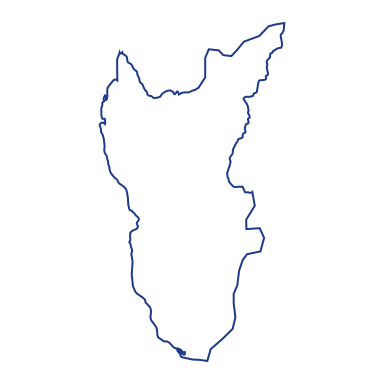 outline of Atsimo-Andrefana
{"feature_id": "MDG-5866", "entity_name": "Atsimo-Andrefana", "entity_type": "Autonomous Province", "adm_level": 1, "iso_a3": "MDG", "parent_name": "Madagascar", "parent_adm1": "", "projection": "orthographic", "projection_center": [44.623, -23.116], "detail": "fine", "context": "isolated", "style": "outline", "palette": "blue", "viewbox_px": 384, "rotation_deg": 0, "n_neighbors": 0, "source": "natural_earth", "source_scale": "10m", "svg_char_len": 5921}
<svg xmlns="http://www.w3.org/2000/svg" viewBox="0 0 384 384"><path d="M207.3,361.0L199.9,359.9L192.5,359.5L182.2,357.3L180.9,356.6L179.9,353.7L177.6,351.1L177.1,349.4L178.4,349.9L179.7,351.0L181.8,353.6L183.2,354.6L184.4,354.6L185.0,353.8L184.7,352.0L183.6,352.3L182.6,351.7L180.8,349.9L179.7,349.1L178.6,348.7L177.5,348.4L176.1,348.4L173.7,347.4L169.4,342.7L166.9,341.4L164.7,341.5L163.9,341.3L158.3,337.5L157.5,335.8L157.0,329.7L156.3,327.2L151.2,320.2L150.4,317.7L151.1,310.7L150.4,308.2L149.7,306.9L146.6,303.5L146.3,303.3L145.9,302.9L145.6,302.3L145.4,301.6L145.1,300.1L144.8,299.4L142.5,297.4L137.6,294.1L135.4,291.8L133.0,286.3L131.7,274.7L132.6,261.4L131.3,253.9L131.4,253.2L132.0,251.8L132.2,251.0L132.1,250.1L131.3,247.8L130.6,244.8L130.2,243.4L129.3,242.0L130.3,240.4L130.1,234.9L130.4,232.5L132.0,231.0L136.7,228.8L137.9,227.1L137.8,225.9L136.8,223.8L136.9,222.4L138.0,221.4L138.3,220.8L138.8,219.5L138.8,218.9L138.6,218.1L137.8,217.1L135.9,215.5L134.5,213.6L131.5,210.7L131.0,210.4L130.6,210.4L130.1,210.3L129.5,209.7L129.3,209.3L129.0,207.6L128.3,204.9L127.9,198.0L127.0,192.2L126.0,189.0L124.0,186.8L119.1,183.3L118.3,182.1L117.1,179.7L116.1,178.8L114.8,177.8L112.3,175.1L110.8,172.8L110.0,171.1L109.7,170.0L109.3,166.9L108.4,164.8L107.9,160.7L107.1,158.6L106.6,155.8L106.3,155.1L105.3,153.8L104.9,153.2L104.4,151.4L104.3,149.6L104.6,146.0L103.8,138.9L102.8,135.2L101.0,131.7L101.0,130.9L101.1,130.1L101.0,129.4L100.5,127.5L99.7,125.7L99.9,124.1L101.4,122.8L103.4,122.6L104.9,124.1L105.3,122.8L105.2,121.5L104.9,120.2L104.8,118.8L102.4,118.8L101.4,115.7L101.3,108.7L101.4,107.8L102.1,106.3L102.3,105.5L102.3,103.6L102.4,102.8L102.7,102.5L103.0,102.2L103.2,101.8L103.7,101.6L104.0,101.4L104.2,101.2L103.6,99.1L103.7,98.1L104.1,97.1L104.5,96.3L105.1,95.4L106.0,96.5L106.1,97.9L105.7,100.7L107.1,98.6L107.4,94.9L107.2,91.0L107.5,88.0L108.3,86.6L113.1,80.7L114.3,79.7L115.7,79.5L117.3,80.5L117.1,59.8L117.6,57.9L119.1,54.3L119.6,52.4L120.1,53.7L120.7,53.7L122.1,52.4L122.1,52.9L123.1,54.0L125.7,55.7L126.6,56.5L126.9,57.5L127.5,61.5L128.2,62.5L131.3,64.3L132.0,65.2L132.4,66.4L133.1,67.8L134.5,69.7L136.5,71.2L137.0,71.9L137.2,72.6L137.3,74.3L137.5,75.0L138.8,77.6L139.3,78.8L139.5,80.6L140.0,82.3L142.4,84.3L142.9,85.3L143.2,86.3L143.8,87.7L144.9,89.8L146.7,91.7L147.0,92.5L147.4,94.2L147.7,94.9L148.5,95.5L149.4,95.8L150.4,95.9L151.4,96.1L151.9,96.5L152.7,97.3L153.3,97.7L154.9,98.1L156.4,97.8L159.0,97.2L160.2,96.7L161.9,94.2L163.2,93.0L165.3,91.7L168.0,90.6L170.6,90.5L173.0,91.9L174.2,94.1L174.8,94.2L176.2,92.7L176.9,91.5L177.2,91.4L177.9,91.9L178.3,92.4L178.9,94.5L181.1,93.2L183.5,92.5L189.0,92.3L192.6,90.6L195.2,89.9L196.8,88.7L198.5,87.8L205.2,77.4L205.2,58.0L208.8,49.3L218.7,50.3L223.2,55.1L231.3,56.1L236.8,50.3L244.0,41.6L259.4,35.9L268.5,26.3L275.8,24.4L284.3,23.0L283.7,30.0L283.6,30.4L283.5,30.8L283.3,31.2L282.3,33.0L281.9,33.6L281.0,34.4L280.8,34.7L280.7,35.0L280.6,35.5L282.0,43.4L282.0,44.3L281.8,46.2L281.7,46.7L281.3,47.4L281.0,47.6L280.7,47.8L280.2,47.9L278.9,48.0L277.8,48.5L276.9,48.7L276.0,49.3L275.3,49.6L275.0,49.9L274.8,50.2L274.5,50.5L274.1,50.7L273.7,50.7L273.3,50.9L273.0,51.1L272.8,51.4L272.6,51.8L272.3,52.6L272.1,52.9L271.8,53.1L271.0,53.3L270.7,53.5L270.4,53.8L270.2,54.1L270.1,54.6L270.2,55.9L270.1,56.4L270.0,56.8L269.9,57.2L269.7,57.6L267.0,60.7L266.8,61.1L266.7,61.5L266.8,62.0L267.2,64.1L267.2,65.1L267.2,65.6L266.8,67.3L266.7,67.7L266.8,68.1L268.0,73.2L268.0,73.7L268.0,74.1L267.9,74.6L267.7,74.9L267.5,75.2L266.0,75.8L265.8,76.1L265.8,76.4L265.8,76.7L266.0,77.5L266.1,78.3L266.0,78.7L265.8,79.1L265.6,79.3L265.2,79.5L264.9,79.7L264.1,79.9L263.2,80.1L260.7,80.1L260.3,80.2L259.9,80.3L259.5,80.5L259.2,80.7L259.0,81.0L258.8,81.3L258.6,81.7L258.5,82.1L256.8,91.9L256.6,92.2L256.3,92.5L256.0,92.7L255.6,92.9L254.8,93.1L254.4,93.2L254.1,93.4L253.8,93.7L253.6,94.0L253.5,94.4L253.2,95.3L253.1,95.7L252.8,95.9L252.5,96.1L249.5,96.8L246.5,96.8L245.6,96.9L244.9,97.2L244.6,97.4L244.0,97.9L243.8,98.2L243.6,98.6L243.9,99.4L244.5,100.5L246.0,102.7L247.1,104.5L247.5,105.6L247.7,106.1L247.9,106.7L248.5,110.2L248.5,110.6L248.5,111.0L248.1,111.8L248.0,112.2L248.0,112.7L248.1,113.3L248.5,114.0L249.3,115.4L249.6,116.3L249.7,116.9L249.6,117.3L249.4,117.7L249.2,118.0L248.0,119.0L247.9,119.4L248.0,120.0L248.4,121.1L248.5,121.8L248.5,122.4L248.2,123.2L248.0,123.5L247.7,123.7L246.8,123.8L246.4,123.9L246.1,124.1L245.9,124.5L245.5,125.7L245.2,126.5L245.1,126.9L245.0,127.9L244.9,128.9L244.9,129.4L245.1,130.0L245.4,131.3L245.5,131.8L245.4,132.2L245.2,132.5L244.9,132.7L243.8,133.1L243.4,133.3L243.2,133.7L242.6,135.2L242.6,135.6L242.7,136.5L242.7,136.9L242.6,137.3L242.4,137.5L242.1,137.8L241.0,138.3L239.4,138.7L238.6,139.0L238.3,139.3L238.1,139.6L237.9,140.0L237.9,140.5L237.7,140.9L237.5,141.3L237.3,141.6L237.1,141.9L236.6,142.5L233.6,148.1L233.0,149.8L232.9,150.7L232.7,152.8L232.5,153.7L232.1,154.4L230.1,157.2L229.9,157.6L229.8,158.0L229.7,158.4L229.7,158.9L229.8,159.4L230.4,161.2L230.5,161.6L230.5,162.1L230.5,162.6L230.4,163.1L229.9,164.1L229.8,164.5L229.8,164.8L229.7,165.8L229.6,166.2L229.5,166.6L229.3,166.9L228.9,167.6L228.6,168.4L227.8,171.4L227.2,173.0L227.2,173.5L227.2,174.0L227.4,175.1L227.5,176.2L227.5,176.7L227.7,177.2L227.9,177.7L228.2,178.1L228.5,178.9L228.6,179.3L228.8,180.7L228.9,181.2L229.1,181.7L229.5,182.4L229.7,182.7L230.3,183.3L231.0,184.1L233.1,186.3L233.5,186.6L234.1,186.8L235.1,187.0L235.8,187.0L238.6,186.7L239.1,186.7L240.4,186.9L240.9,186.9L242.1,186.6L242.5,186.7L242.8,186.9L243.0,187.5L243.3,188.4L243.6,189.1L243.9,189.4L244.2,190.1L244.6,191.4L244.7,191.7L245.0,192.1L245.4,192.3L246.2,192.4L247.8,192.3L248.7,192.4L250.0,192.8L250.5,192.8L250.9,192.7L251.3,192.6L252.3,191.9L254.8,205.7L246.2,219.7L246.4,229.1L259.7,228.2L264.1,237.9L260.4,251.4L247.1,254.2L242.7,260.0L239.1,270.7L237.3,285.2L233.7,293.9L233.7,303.6L235.4,317.2L232.7,328.8L223.0,338.4L210.7,349.1L207.3,361.0Z" fill="none" stroke="#1e3a8a" stroke-width="2"/></svg>